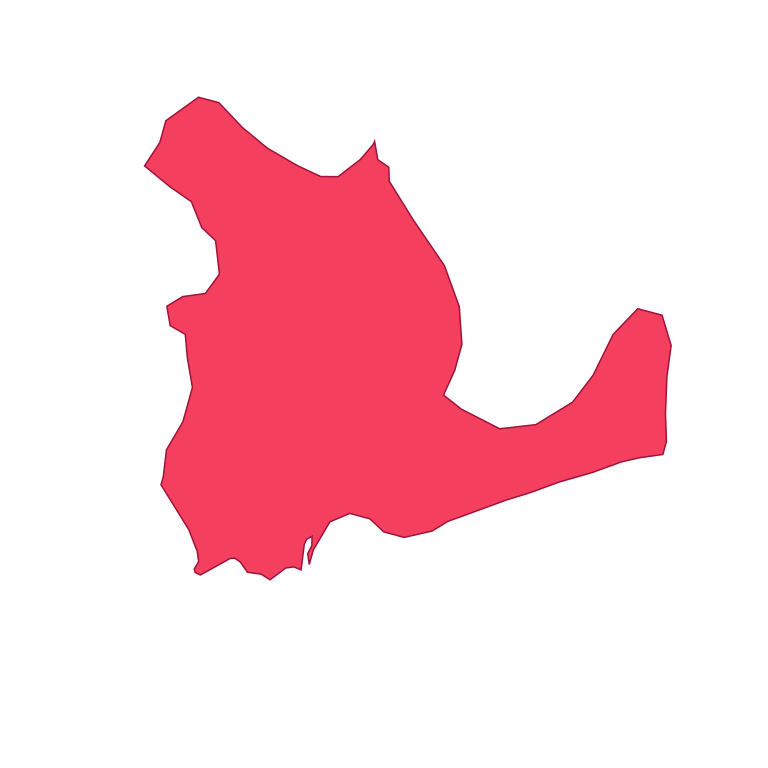 outline of Anbyon, Kangwŏn-do, North Korea, rotated 195°
{"feature_id": "82179303B46901799029181", "entity_name": "Anbyon", "entity_type": "district", "adm_level": 2, "iso_a3": "PRK", "parent_name": "North Korea", "parent_adm1": "Kangwŏn-do", "projection": "mercator", "projection_center": [127.527, 39.017], "detail": "fine", "context": "isolated", "style": "filled", "palette": "rose", "viewbox_px": 768, "rotation_deg": 195, "n_neighbors": 0, "source": "geoboundaries", "source_scale": "gbopen_adm2", "svg_char_len": 1260}
<svg xmlns="http://www.w3.org/2000/svg" viewBox="0 0 768 768"><g transform="rotate(195 384 384)"><path d="M96.4,388.1L96.3,401.6L104.5,428.4L112.6,464.2L116.6,495.5L133.2,522.4L158.4,522.4L175.5,491.2L184.3,446.5L197.2,415.2L226.9,384.0L260.7,370.7L302.7,379.7L323.6,388.7L319.2,415.6L319.0,442.4L331.3,478.2L356.3,514.0L377.1,531.9L398.0,549.9L431.4,581.2L435.5,594.6L448.1,599.1L455.9,616.0L456.4,612.6L465.0,594.7L482.0,572.4L498.9,568.0L524.1,572.5L557.7,581.6L587.0,595.0L616.3,613.0L637.4,613.0L662.9,581.8L663.0,559.5L671.7,532.7L642.3,519.3L617.2,510.2L600.5,487.9L583.8,478.9L571.4,447.5L580.0,425.2L601.1,416.3L613.9,402.9L605.6,385.0L588.8,380.5L580.6,358.1L568.2,331.2L568.3,313.3L568.5,295.4L577.1,264.1L573.2,237.2L573.3,228.9L534.8,192.7L521.2,174.2L517.1,164.5L519.4,156.2L517.6,153.0L511.9,152.0L487.4,175.7L483.1,177.1L476.8,174.9L467.2,166.8L453.5,168.5L443.4,165.4L431.9,180.1L431.3,180.9L423.6,184.0L416.0,182.9L419.5,208.6L418.5,213.9L414.1,218.3L411.9,209.4L413.8,200.3L409.5,190.3L409.3,205.4L400.6,236.8L383.7,250.1L362.7,250.1L345.9,241.1L324.9,241.0L299.5,254.4L286.8,267.8L261.4,285.6L236.0,303.5L214.8,316.8L189.4,334.7L159.8,352.5L134.4,370.3L117.5,379.2L96.4,388.1Z" fill="#f43f5e" stroke="#9f1239" stroke-width="1.5"/></g></svg>